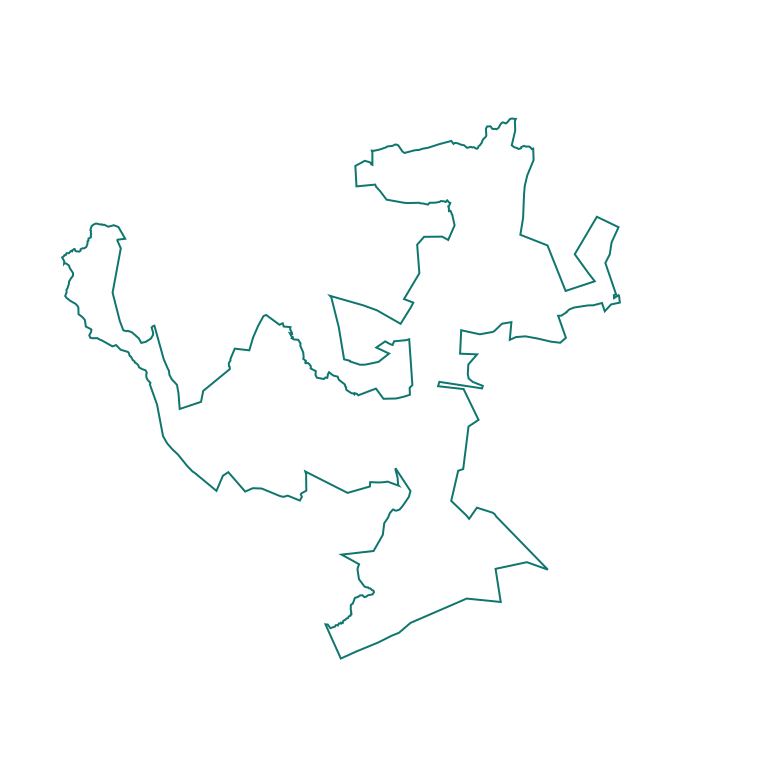 outline of Heroica Ciudad de Ejutla de Crespo, Oaxaca, Mexico, rotated 71°
{"feature_id": "50627088B22638065525590", "entity_name": "Heroica Ciudad de Ejutla de Crespo", "entity_type": "district", "adm_level": 2, "iso_a3": "MEX", "parent_name": "Mexico", "parent_adm1": "Oaxaca", "projection": "albers", "projection_center": [-96.767, 16.598], "detail": "fine", "context": "isolated", "style": "outline", "palette": "teal", "viewbox_px": 768, "rotation_deg": 71, "n_neighbors": 0, "source": "geoboundaries", "source_scale": "gbopen_adm2", "svg_char_len": 6165}
<svg xmlns="http://www.w3.org/2000/svg" viewBox="0 0 768 768"><g transform="rotate(71 384 384)"><path d="M280.6,475.9L288.4,484.4L297.5,492.7L308.3,500.4L302.0,513.6L310.5,521.2L311.7,521.4L313.7,523.9L316.7,524.8L317.6,524.3L319.7,524.9L331.7,557.2L341.3,562.8L341.1,585.3L326.1,581.4L317.4,580.0L310.6,583.1L305.5,583.9L301.3,583.0L299.4,583.4L288.9,584.2L254.1,582.1L254.1,583.7L254.9,585.3L260.5,585.6L262.4,586.4L265.1,589.5L266.6,595.7L266.1,600.1L261.0,601.0L253.2,605.4L250.3,608.9L250.2,610.4L248.3,613.0L238.5,613.3L209.3,610.9L170.0,588.7L161.5,589.4L160.8,589.0L162.4,581.4L149.1,584.0L145.9,587.8L145.5,593.5L142.3,596.7L142.0,598.2L141.1,598.9L141.0,600.0L138.5,604.0L138.6,606.1L139.4,608.9L141.0,610.2L142.9,611.5L143.7,611.2L145.6,612.0L146.9,612.0L148.5,613.1L149.3,613.1L149.9,613.5L150.3,616.1L152.4,616.9L152.5,617.8L155.1,618.8L157.6,621.0L158.1,623.6L157.5,624.9L157.6,626.2L157.8,626.9L159.2,627.6L159.6,629.1L158.1,632.1L157.3,632.6L155.8,632.5L155.5,632.9L156.1,635.1L157.0,635.7L156.3,636.6L157.7,639.4L157.0,641.6L158.6,643.1L158.1,644.1L159.2,645.6L159.5,647.1L164.0,646.4L166.1,647.3L165.7,646.6L166.8,645.1L169.4,643.3L172.3,643.3L177.9,641.9L180.4,642.8L182.1,645.5L184.6,648.4L187.0,649.5L190.5,652.2L191.7,653.6L194.0,654.3L197.0,656.8L199.3,656.1L203.3,653.5L207.7,649.6L210.5,648.3L212.3,648.1L218.5,650.1L222.7,647.3L226.0,646.0L232.6,647.2L236.9,643.1L237.6,643.0L239.6,644.2L242.0,646.8L244.5,646.7L245.8,644.8L247.4,639.9L248.6,639.2L250.8,636.7L260.0,628.5L260.0,624.6L265.8,621.9L270.3,615.7L271.4,615.2L274.6,615.3L275.9,614.3L279.4,613.8L281.4,612.5L282.5,612.6L284.2,611.2L286.3,610.2L288.5,610.2L291.4,607.6L293.4,605.0L296.0,604.6L297.8,605.8L300.4,606.5L303.1,606.2L306.9,604.5L308.1,605.5L329.6,605.3L361.3,609.9L369.4,608.4L376.3,605.6L383.9,601.7L397.1,596.9L404.2,593.6L406.6,591.8L430.5,577.2L418.3,566.2L416.7,559.9L440.5,550.3L439.8,542.0L443.0,533.7L456.2,518.7L458.0,515.7L458.2,511.4L466.8,501.5L464.0,498.4L461.2,498.6L460.5,497.6L459.6,492.2L443.9,487.0L441.1,486.9L475.1,453.9L476.3,430.7L472.3,429.0L475.5,420.8L477.1,414.8L477.4,412.5L484.9,403.2L484.1,403.5L476.7,401.6L469.4,401.1L467.3,400.6L493.8,393.8L498.8,397.2L505.4,406.1L507.8,410.2L507.8,413.4L507.2,414.8L505.8,415.8L505.6,416.5L507.9,420.4L511.7,423.7L515.7,429.1L526.2,434.2L538.5,448.2L531.5,479.7L546.3,466.2L549.3,468.7L550.9,469.5L560.4,471.2L569.1,468.4L570.1,467.5L571.2,465.2L572.0,465.1L573.0,463.3L574.9,462.5L576.0,461.2L577.6,461.3L579.2,463.3L578.6,467.6L578.7,468.8L579.3,469.8L579.1,471.9L576.8,473.1L576.1,475.4L576.8,477.7L576.8,481.2L581.4,484.9L582.1,487.3L586.5,488.9L588.7,489.1L589.8,489.8L590.5,489.5L591.4,490.0L591.4,490.7L592.2,491.2L592.3,493.0L593.6,494.3L593.6,496.1L594.3,497.2L594.6,499.5L596.6,500.9L595.7,502.3L596.5,502.6L595.7,504.6L597.3,506.2L596.7,506.8L596.4,508.3L597.4,509.3L597.4,514.2L593.1,515.5L592.2,517.6L629.5,514.2L627.9,497.4L626.5,473.6L624.5,458.6L624.1,450.8L618.5,436.7L613.8,375.7L628.1,344.6L595.1,338.7L599.0,306.9L612.9,289.5L545.7,321.1L543.4,321.6L541.1,323.1L531.2,336.4L539.2,347.4L534.7,349.1L516.4,358.5L490.2,342.1L490.2,336.8L451.7,317.9L448.7,306.3L414.7,310.4L403.7,333.6L400.0,331.0L420.1,292.7L417.9,291.2L411.0,299.3L406.5,302.1L402.0,301.6L393.0,297.9L386.3,286.3L380.1,302.2L358.3,293.5L368.2,277.2L370.2,264.2L369.7,262.0L365.4,252.8L367.0,243.4L383.2,250.7L382.6,243.9L385.0,234.7L391.0,224.0L398.3,212.4L402.4,203.9L399.5,197.0L376.2,197.1L377.1,194.2L375.6,187.9L375.2,187.9L373.8,184.3L373.6,179.3L376.1,165.5L377.7,160.6L378.4,151.5L387.1,151.6L382.7,143.4L383.8,134.5L377.5,133.1L376.4,133.3L377.7,138.5L374.8,137.7L374.8,135.4L374.5,135.4L341.6,135.3L335.0,128.4L324.2,122.7L312.1,111.2L295.2,128.3L323.4,161.4L345.2,154.8L355.5,151.3L355.1,182.0L306.2,184.3L287.3,206.5L272.2,198.4L250.2,189.8L242.5,186.4L233.5,180.7L220.9,169.6L210.0,166.3L209.9,167.9L208.2,168.3L206.6,169.7L205.7,172.7L204.4,174.1L204.7,177.1L205.7,177.7L205.6,180.3L204.2,181.4L202.4,183.9L199.9,185.5L187.1,177.4L178.1,174.7L176.3,173.1L174.6,176.8L174.5,178.7L176.7,182.1L177.3,184.0L175.3,186.4L175.4,187.3L175.9,188.7L179.1,192.3L179.8,194.6L178.8,196.1L178.4,197.9L177.5,198.8L175.8,199.0L174.9,199.7L174.1,202.7L175.8,204.5L182.5,206.4L183.5,207.5L184.8,210.4L186.2,212.0L187.6,212.9L189.5,215.6L189.9,217.1L191.4,218.3L191.8,219.3L191.5,220.1L189.4,221.9L189.1,223.3L188.0,224.9L187.8,228.5L184.4,230.5L182.5,233.7L181.0,235.2L179.5,237.5L179.2,239.0L179.6,240.1L176.1,241.2L175.2,253.9L175.0,265.3L174.1,271.0L174.1,274.5L173.0,279.0L172.2,289.5L170.1,290.9L163.1,292.8L162.2,293.5L161.2,295.4L161.6,298.3L160.5,303.6L160.9,304.8L160.9,311.5L160.2,317.7L159.4,319.6L161.3,319.6L173.0,323.6L172.1,324.5L170.3,324.7L169.6,325.4L166.7,329.5L168.5,340.1L188.2,345.7L192.6,327.4L194.8,327.3L200.6,324.8L210.5,321.6L219.3,305.8L220.7,302.5L224.1,291.7L224.7,291.3L226.3,287.8L228.7,284.0L227.5,281.9L229.3,276.3L229.9,272.0L229.5,270.8L230.9,267.6L232.0,266.4L230.9,264.5L233.8,263.2L234.4,262.4L237.3,265.0L237.2,265.4L238.8,265.4L241.7,266.3L241.9,264.8L246.5,264.4L257.0,265.6L268.7,276.4L263.6,281.0L257.9,298.2L263.1,307.3L290.8,314.5L310.2,337.4L316.6,329.8L319.9,333.2L332.5,348.7L312.0,366.7L302.8,378.1L283.1,406.3L284.9,405.6L315.8,408.3L347.7,413.7L350.9,408.7L351.5,408.9L358.0,400.4L359.6,395.3L361.3,382.0L356.9,369.3L347.0,379.4L344.1,369.0L348.3,365.2L349.9,363.2L346.9,360.6L349.8,348.6L349.9,345.6L394.2,357.5L396.0,361.0L402.6,363.0L402.5,369.0L401.7,377.1L397.8,389.3L385.7,393.1L386.3,412.0L384.5,412.9L383.1,414.8L384.1,415.4L383.2,415.9L381.9,417.9L377.4,421.4L375.1,421.3L374.8,420.9L373.3,421.4L371.8,421.1L365.3,425.3L362.0,425.4L359.5,429.2L355.0,432.2L356.5,433.8L359.7,435.6L358.8,437.2L359.7,439.2L356.2,445.4L353.1,445.8L349.6,444.3L345.4,448.3L343.7,447.5L342.8,447.5L339.8,448.7L339.1,449.9L339.0,451.1L338.6,451.5L337.8,451.4L336.8,450.3L333.8,452.2L332.7,451.3L327.9,450.1L320.5,450.7L318.6,449.7L314.3,450.7L312.6,454.5L310.6,456.4L310.1,455.7L310.7,454.4L308.9,455.9L305.3,456.5L306.6,454.6L305.4,454.4L301.9,455.0L299.8,453.9L297.0,460.1L293.6,460.0L294.0,463.5L280.3,473.0L280.6,475.9Z" fill="none" stroke="#0f766e" stroke-width="2"/></g></svg>